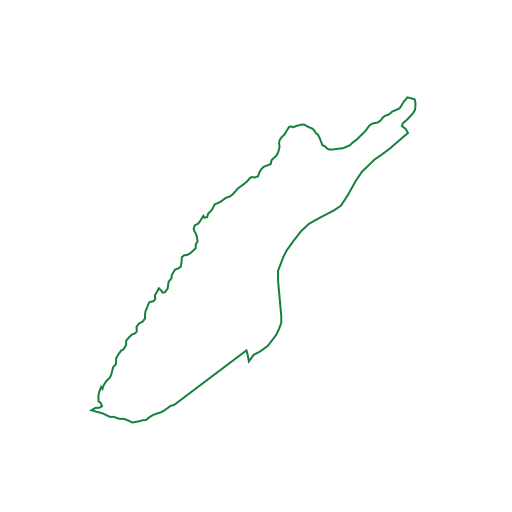 outline of Maracaçumé, Maranhão, Brazil, rotated 202°
{"feature_id": "56859067B12415775157700", "entity_name": "Maracaçumé", "entity_type": "district", "adm_level": 2, "iso_a3": "BRA", "parent_name": "Brazil", "parent_adm1": "Maranhão", "projection": "equal_earth", "projection_center": [-45.988, -2.007], "detail": "fine", "context": "isolated", "style": "outline", "palette": "green", "viewbox_px": 512, "rotation_deg": 202, "n_neighbors": 0, "source": "geoboundaries", "source_scale": "gbopen_adm2", "svg_char_len": 2792}
<svg xmlns="http://www.w3.org/2000/svg" viewBox="0 0 512 512"><g transform="rotate(202 256 256)"><path d="M296.7,62.6L294.3,66.8L291.6,70.4L285.4,75.7L283.5,77.9L279.0,85.1L276.1,87.3L229.5,164.9L227.1,161.8L223.1,155.6L221.2,163.4L216.6,168.8L211.3,177.3L207.7,190.5L207.3,197.2L207.6,203.7L209.9,209.4L226.1,241.0L230.0,250.4L230.3,265.6L229.6,272.9L226.9,284.0L223.4,296.2L218.8,305.9L211.0,315.6L201.1,327.1L196.1,334.5L193.6,347.4L192.5,356.1L191.7,362.7L190.8,367.0L189.3,374.0L187.7,377.6L186.3,380.5L185.3,382.9L184.2,385.4L182.2,389.9L178.1,396.1L172.5,405.1L166.7,416.4L164.2,421.3L161.2,427.0L164.9,429.9L169.5,431.2L169.5,434.2L167.1,438.8L164.8,444.7L163.9,447.4L163.3,451.1L164.2,454.3L165.7,458.0L167.6,460.7L170.0,460.5L172.6,460.1L175.0,459.8L175.9,457.0L176.8,454.4L177.4,450.5L178.2,446.7L182.0,442.7L183.8,441.0L184.9,438.5L186.6,436.2L188.6,434.7L190.3,432.1L191.2,428.2L193.4,425.1L196.4,423.4L198.1,421.9L199.8,419.4L201.0,414.3L202.3,410.7L204.9,404.8L206.2,401.7L208.8,397.5L210.5,393.7L212.5,391.8L214.7,389.5L216.5,388.0L219.4,386.6L224.1,383.8L227.8,382.2L230.4,382.3L233.4,383.7L235.8,383.5L237.9,385.7L240.4,388.4L242.0,390.0L244.2,391.7L246.4,392.3L248.7,394.0L251.3,395.2L256.6,395.3L260.6,395.9L262.8,395.0L267.3,391.7L269.6,389.4L271.8,389.3L273.7,388.0L274.6,383.0L275.1,379.2L276.8,375.6L277.5,372.3L276.8,369.0L275.3,366.6L274.6,363.7L274.4,360.3L274.6,357.0L275.9,354.1L277.5,350.6L276.8,346.7L279.0,344.6L282.4,341.5L283.7,338.1L284.2,334.8L284.0,330.7L286.5,328.3L289.8,327.5L291.1,325.3L292.3,321.6L293.8,318.9L296.0,315.2L298.2,311.7L299.6,307.4L300.9,304.1L302.6,301.3L305.6,298.8L307.2,296.2L308.8,293.6L311.0,291.0L313.7,288.4L314.0,283.5L314.9,280.2L316.2,277.4L315.9,273.7L318.1,272.2L319.8,273.5L320.4,270.2L321.0,267.1L321.8,264.3L324.2,261.6L324.0,257.9L322.5,256.0L319.6,253.7L317.6,250.9L315.7,247.9L316.2,244.3L314.9,240.6L316.1,237.9L318.1,233.7L320.5,230.9L322.9,229.8L324.3,227.2L322.5,221.5L321.8,217.8L323.8,214.9L325.9,213.2L326.5,209.8L326.9,206.3L326.0,203.6L327.4,199.4L325.7,192.7L326.9,188.3L328.9,187.0L330.6,188.3L334.0,189.7L334.4,185.2L335.0,181.7L333.2,178.2L334.4,175.4L337.5,173.4L337.8,170.2L337.6,167.1L337.8,163.4L336.8,159.6L335.5,156.7L336.3,153.0L339.3,149.4L340.2,145.5L338.3,141.6L339.0,139.1L341.8,136.5L343.5,132.3L344.7,128.7L343.1,125.0L343.9,119.8L345.7,117.6L346.7,113.4L347.4,108.9L346.3,106.2L345.4,102.8L346.8,99.7L346.1,94.4L345.7,90.8L346.1,88.1L347.7,84.6L348.4,81.7L348.9,78.5L348.6,75.3L350.5,76.5L350.5,71.7L349.8,67.5L347.6,62.2L345.2,61.8L342.5,59.1L344.4,56.6L348.1,54.9L350.8,51.3L347.7,51.7L345.1,51.9L340.4,52.5L338.1,52.6L331.2,52.1L327.7,53.5L321.4,53.9L317.7,55.5L311.9,55.6L308.3,55.3L305.1,57.3L302.1,59.2L299.0,61.6L296.7,62.6Z" fill="none" stroke="#15803d" stroke-width="2"/></g></svg>